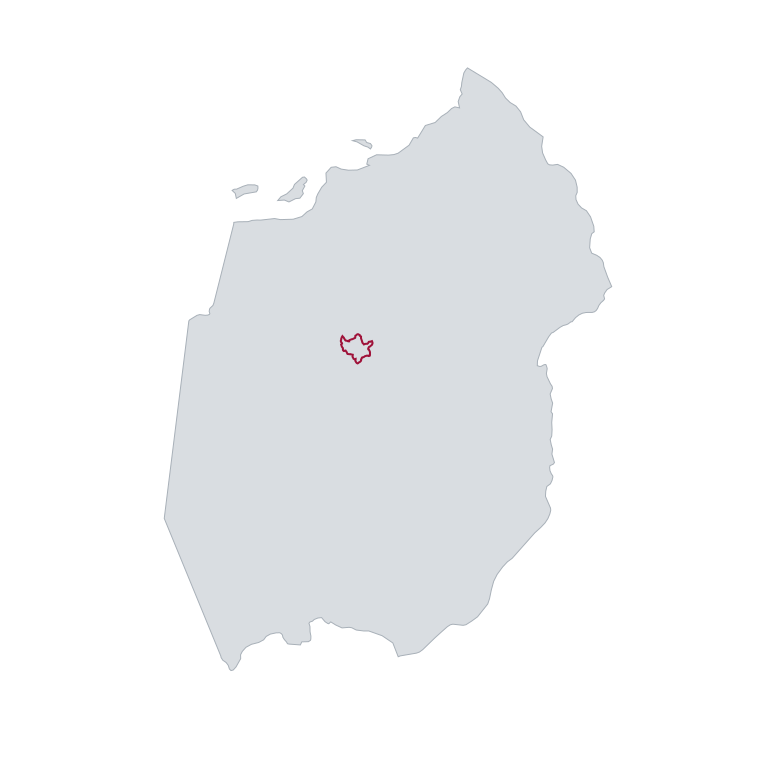 location of Dodoma Urban, Dodoma, United Republic of Tanzania, rotated 248°
{"feature_id": "72390352B24669678050336", "entity_name": "Dodoma Urban", "entity_type": "district", "adm_level": 2, "iso_a3": "TZA", "parent_name": "United Republic of Tanzania", "parent_adm1": "Dodoma", "projection": "orthographic", "projection_center": [35.794, -6.146], "detail": "fine", "context": "in_parent", "style": "outline", "palette": "rose", "viewbox_px": 768, "rotation_deg": 248, "n_neighbors": 0, "source": "geoboundaries", "source_scale": "gbopen_adm2", "svg_char_len": 8259}
<svg xmlns="http://www.w3.org/2000/svg" viewBox="0 0 768 768"><g transform="rotate(248 384 384)"><path d="M293.2,529.1L285.5,525.1L278.6,522.7L272.9,520.0L270.3,517.3L265.0,516.3L260.4,515.9L256.1,513.4L247.3,512.6L246.3,511.0L246.1,507.3L244.6,506.3L241.4,505.4L237.9,505.5L235.9,506.0L234.6,505.8L231.7,503.7L229.1,500.9L228.0,496.6L224.0,493.8L219.3,491.6L206.5,491.9L204.5,491.3L201.4,489.1L197.8,485.5L194.9,481.3L192.3,475.6L189.5,468.0L174.4,437.6L172.9,431.8L169.9,425.4L165.1,417.6L160.0,411.8L153.2,406.6L145.4,401.4L141.2,397.8L133.1,383.5L131.4,376.8L130.1,369.8L130.6,367.0L135.5,357.9L135.9,355.4L135.3,352.0L132.8,344.9L129.6,336.2L123.2,320.4L122.2,316.4L122.3,313.4L125.8,297.3L125.8,295.0L140.6,295.2L151.3,288.0L160.7,277.4L162.5,272.9L166.3,266.1L170.1,262.8L171.5,260.4L173.6,253.7L178.6,249.0L183.4,245.5L182.4,243.0L183.1,242.1L185.7,240.3L190.8,238.6L191.8,235.0L191.8,231.1L190.9,228.8L191.1,226.3L190.3,224.8L186.9,224.5L181.9,222.6L177.7,221.8L174.9,220.6L173.9,219.8L173.4,217.4L175.7,211.2L173.4,208.7L178.5,198.4L179.4,197.2L181.3,197.0L184.3,195.9L187.1,195.4L189.3,195.8L191.0,195.3L192.4,194.2L193.7,190.7L194.7,184.9L194.1,180.2L191.9,176.6L191.3,171.0L192.3,163.6L191.6,157.4L189.2,152.5L186.7,149.6L183.0,148.2L177.1,140.8L175.3,137.1L175.6,134.8L177.7,133.9L181.4,134.2L184.9,133.3L188.2,131.1L191.4,130.5L193.0,130.8L341.7,129.9L515.6,226.7L516.3,227.9L517.7,236.3L517.4,239.1L514.7,243.9L513.9,246.4L513.9,248.2L514.5,248.9L516.8,249.1L518.8,250.3L519.5,251.2L520.9,254.8L522.8,256.6L588.6,304.6L590.1,305.3L589.1,309.3L585.4,318.9L585.1,323.0L583.6,327.7L582.2,330.9L578.4,344.5L575.2,349.6L570.8,361.5L570.0,370.6L572.4,377.0L573.2,383.1L578.3,389.0L582.3,391.1L585.0,393.8L589.8,400.0L592.6,406.2L601.3,409.2L604.7,416.2L603.4,420.9L599.3,424.8L595.5,431.2L592.4,439.5L592.2,452.4L594.3,450.4L598.8,453.6L599.3,463.0L594.5,474.0L593.0,479.1L592.7,483.5L596.0,496.7L601.2,503.4L600.8,505.5L599.4,507.3L608.2,519.2L607.3,529.4L610.6,537.5L611.9,544.4L614.1,549.8L614.4,553.5L611.7,557.5L618.1,558.6L621.9,561.9L623.6,565.1L628.3,565.0L630.8,567.2L634.4,569.1L642.4,574.5L644.5,577.2L645.8,579.8L623.4,596.5L615.4,600.7L609.7,602.7L603.6,603.8L597.7,606.4L592.2,610.5L585.2,612.6L576.6,612.5L567.6,615.4L553.5,624.1L545.3,619.2L538.8,617.6L531.4,617.8L526.9,618.3L525.3,619.4L523.8,622.3L522.6,627.2L517.7,631.8L509.2,636.3L501.3,637.9L494.1,636.8L489.3,634.9L486.7,632.3L483.0,631.1L478.1,631.3L473.3,633.1L468.8,636.6L461.6,638.1L451.7,637.6L446.4,635.9L445.6,633.0L441.3,629.6L433.3,625.7L427.5,625.6L423.7,629.4L420.3,631.7L417.2,632.7L414.4,632.8L410.4,631.8L399.4,631.4L389.0,631.6L388.0,626.2L385.8,622.8L383.9,620.9L380.3,620.4L379.3,618.9L378.1,615.5L376.3,612.6L374.0,610.3L372.6,608.1L372.1,606.0L372.4,603.8L374.6,598.2L375.3,594.4L375.0,590.5L373.8,586.5L371.3,581.8L371.6,580.4L370.7,577.1L370.7,574.9L371.1,572.0L370.6,568.3L368.5,560.3L368.5,558.3L366.2,554.5L359.2,545.4L358.9,544.2L348.0,535.0L343.6,533.0L342.0,534.8L341.5,536.3L341.9,539.3L341.7,540.8L341.2,541.4L338.6,541.3L337.0,541.0L332.9,538.5L329.7,537.9L321.7,538.4L318.9,539.0L316.7,538.5L312.5,534.3L307.5,533.4L303.1,533.2L295.7,528.5L293.2,529.1ZM602.6,375.8L606.2,385.9L605.7,387.8L603.1,389.0L601.8,389.1L600.2,387.4L599.1,384.0L597.2,384.8L593.9,380.7L590.7,380.5L587.8,375.6L589.0,371.4L588.4,364.1L591.9,360.5L593.9,354.2L596.2,358.5L596.7,365.1L599.7,373.0L602.6,375.8ZM620.4,315.7L620.7,318.1L619.9,320.3L620.1,327.5L619.7,332.3L617.0,338.8L614.8,341.2L612.8,340.5L611.2,339.4L610.0,337.6L612.6,325.5L611.4,316.6L616.4,317.5L620.4,315.7ZM612.0,461.5L609.5,462.1L608.5,461.5L607.0,459.5L609.7,457.8L612.4,454.6L618.5,449.8L621.4,446.0L620.9,449.7L617.4,457.9L614.4,458.4L612.0,461.5Z" fill="#d9dde1" stroke="#a8b0b8" stroke-width="1"/><path d="M425.2,387.9L425.4,387.9L425.6,388.2L425.7,388.3L425.9,388.5L426.0,388.6L426.4,388.8L426.8,388.8L427.2,388.9L427.4,388.9L427.9,388.9L428.3,388.9L428.3,388.7L428.3,388.4L428.3,388.0L428.3,387.7L428.2,387.5L428.2,387.4L428.3,387.3L428.4,387.2L428.5,387.1L428.5,386.9L428.5,386.7L428.6,386.4L428.7,386.2L428.8,385.8L428.8,385.7L428.6,385.4L428.2,385.0L427.8,384.5L427.7,384.1L427.6,383.9L427.5,383.6L427.6,383.3L427.7,383.1L427.9,382.8L428.0,382.5L428.1,382.1L428.2,381.6L428.2,381.2L428.2,380.3L428.4,380.3L428.5,380.2L428.8,380.2L429.0,380.1L429.2,379.9L429.4,379.8L429.5,379.7L429.8,379.6L430.2,379.5L430.3,379.5L430.5,379.5L431.0,379.6L431.4,379.5L431.6,379.6L431.9,379.7L432.0,379.7L432.3,379.7L433.1,379.7L433.3,379.7L433.8,379.8L434.3,379.8L434.6,379.8L434.9,379.8L435.0,379.8L435.5,380.0L435.9,380.2L436.3,380.4L436.6,380.5L437.0,380.3L437.4,379.9L437.7,379.7L437.8,379.6L438.0,379.6L438.5,379.8L438.6,379.7L438.8,379.6L439.0,379.3L439.5,379.0L439.9,378.6L440.0,378.4L440.1,377.8L439.9,377.3L439.7,376.8L439.6,376.3L439.5,375.8L439.5,375.6L439.2,375.5L439.0,375.3L438.9,375.2L438.4,375.0L438.2,374.9L437.7,374.7L437.5,374.3L437.6,374.0L437.5,373.9L437.5,373.6L437.5,373.2L437.5,372.9L437.5,372.6L437.4,372.0L437.4,371.6L437.4,371.4L437.6,370.8L437.6,370.4L437.6,370.0L437.6,369.9L437.6,369.6L437.6,369.2L437.6,368.5L437.6,368.2L437.4,368.0L437.3,367.9L437.2,367.8L436.9,367.8L436.6,367.7L436.7,367.4L436.8,367.2L437.0,367.0L437.0,366.8L437.1,366.7L437.4,366.3L437.6,366.3L437.7,366.1L437.8,365.9L438.0,365.7L438.4,365.3L438.4,365.2L438.5,365.0L438.5,364.9L438.6,364.7L438.8,364.6L439.1,364.5L439.3,364.4L439.7,364.4L439.9,364.4L440.0,364.3L440.3,364.3L440.7,364.2L441.2,364.1L441.5,364.1L442.1,364.1L442.6,363.8L443.0,363.7L443.4,363.6L443.9,363.4L443.7,363.2L443.5,362.8L443.3,362.5L443.2,362.5L443.1,362.4L443.0,362.2L442.8,362.1L442.6,362.0L442.5,361.8L442.4,361.7L442.2,361.5L442.1,361.4L441.8,361.2L441.6,361.1L441.4,361.1L441.1,360.9L440.9,360.7L440.7,360.5L440.4,360.3L440.3,360.2L440.2,360.1L439.9,360.0L439.7,360.0L439.2,359.9L439.1,360.0L438.7,360.1L438.1,360.3L437.8,360.3L437.6,360.3L437.3,360.2L437.1,360.2L437.0,359.8L437.0,359.7L436.9,359.4L436.8,359.1L436.7,359.0L436.4,359.0L435.8,359.0L435.6,359.0L435.2,358.9L434.6,359.0L434.2,358.9L433.9,359.0L433.4,359.1L433.2,359.2L433.0,359.3L432.8,359.3L432.7,359.3L432.4,359.2L432.2,359.2L431.8,359.0L431.7,358.9L431.2,358.8L431.0,358.7L430.7,358.7L430.7,358.9L430.5,359.1L430.1,359.2L429.9,359.2L429.6,359.2L429.5,359.5L429.4,359.9L429.4,360.9L428.9,361.0L428.5,361.1L428.1,361.3L427.8,361.3L427.6,361.3L426.9,361.3L426.5,361.4L426.1,361.4L425.8,361.5L425.7,361.4L425.5,361.5L425.4,361.6L425.3,361.8L425.2,362.0L425.0,362.3L424.9,362.5L424.7,362.9L424.5,363.2L424.4,363.6L424.4,363.8L424.1,364.0L423.8,364.5L423.7,364.8L423.5,365.1L423.1,365.6L422.9,365.8L422.8,366.0L422.2,365.7L421.7,365.4L421.1,365.0L420.7,365.1L420.1,365.1L419.6,365.2L419.1,365.2L418.8,365.2L418.6,365.4L418.2,365.7L418.0,365.8L417.8,366.0L417.7,366.1L417.8,366.7L417.9,366.9L417.9,367.1L417.4,366.9L416.6,366.4L416.2,366.1L415.4,366.2L414.9,366.3L414.6,366.3L414.4,366.4L414.2,366.5L413.9,366.5L413.5,366.7L413.4,366.8L413.3,367.0L413.0,367.2L413.0,367.7L413.0,367.9L413.1,368.1L413.2,368.3L413.3,368.6L413.4,368.8L413.4,369.1L413.5,369.4L413.5,369.8L413.5,370.0L413.7,370.5L413.8,370.8L413.9,371.0L414.0,371.1L414.2,371.4L414.4,371.5L414.6,371.7L414.8,371.7L415.0,371.8L415.3,371.9L415.4,372.0L415.5,372.1L415.6,372.4L415.8,372.5L416.1,372.8L416.2,373.0L416.4,373.1L416.5,373.2L416.5,373.4L416.7,373.6L416.8,373.7L416.8,373.8L416.8,374.1L416.6,374.4L416.6,374.5L416.6,375.1L416.6,375.3L416.6,375.5L416.7,375.9L416.8,376.2L416.9,376.6L416.9,376.8L416.9,377.0L416.8,377.4L416.8,378.1L416.8,378.4L416.7,378.6L416.6,378.8L416.6,379.0L416.4,379.2L416.4,379.4L416.3,379.7L416.3,379.9L416.3,380.0L416.2,380.1L415.9,380.3L415.7,380.3L415.5,381.0L415.5,381.3L415.7,381.5L415.8,381.6L416.0,381.8L416.3,381.9L416.4,382.0L416.7,382.1L417.0,382.2L417.2,382.3L417.7,382.5L417.9,382.6L418.1,382.7L418.3,382.7L418.5,382.8L418.8,382.9L419.0,382.9L419.3,383.0L419.8,383.0L420.0,383.0L420.8,382.9L421.0,382.9L421.5,382.9L421.7,382.7L421.8,382.5L422.1,382.4L422.3,382.5L422.6,382.6L422.9,382.7L422.9,382.8L423.1,383.0L423.6,383.6L423.9,383.8L424.0,384.0L424.0,384.4L424.0,384.7L424.0,384.8L424.0,385.0L424.4,386.0L424.5,386.4L424.6,386.8L424.7,387.0L424.8,387.4L424.9,387.6L425.0,387.7L425.1,387.8L425.2,387.9Z" fill="none" stroke="#9f1239" stroke-width="2"/></g></svg>